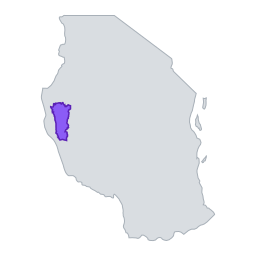 Mpanda, Katavi, United Republic of Tanzania (highlighted)
{"feature_id": "72390352B28587760392267", "entity_name": "Mpanda", "entity_type": "district", "adm_level": 2, "iso_a3": "TZA", "parent_name": "United Republic of Tanzania", "parent_adm1": "Katavi", "projection": "equal_earth", "projection_center": [30.595, -6.035], "detail": "fine", "context": "in_parent", "style": "filled", "palette": "violet", "viewbox_px": 256, "rotation_deg": 0, "n_neighbors": 0, "source": "geoboundaries", "source_scale": "gbopen_adm2", "svg_char_len": 7557}
<svg xmlns="http://www.w3.org/2000/svg" viewBox="0 0 256 256"><path d="M97.5,192.4L94.9,190.6L92.6,189.5L90.7,188.3L89.9,187.1L88.1,186.7L86.6,186.5L85.2,185.4L82.3,185.0L81.9,184.2L81.9,182.6L81.4,182.2L80.3,181.8L79.2,181.8L78.5,182.0L78.1,181.9L77.1,181.0L76.3,179.8L75.9,177.8L74.6,176.6L73.1,175.6L68.8,175.7L68.1,175.4L67.1,174.4L65.9,172.8L65.0,170.9L64.1,168.4L63.2,165.0L58.4,151.5L57.8,149.0L56.9,146.1L55.3,142.7L53.7,140.1L51.4,137.7L48.8,135.4L47.5,133.8L44.8,127.4L44.3,124.4L43.9,121.4L44.0,120.1L45.7,116.1L45.9,115.0L45.6,113.5L44.8,110.3L43.8,106.4L41.7,99.4L41.4,97.7L41.4,96.3L42.7,89.2L42.7,88.2L47.6,88.3L51.2,85.2L54.3,80.5L54.9,78.6L56.2,75.6L57.4,74.1L57.9,73.0L58.6,70.1L60.3,68.0L61.9,66.5L61.5,65.4L61.8,65.0L62.6,64.2L64.3,63.4L64.7,61.9L64.7,60.1L64.4,59.1L64.4,58.0L64.2,57.3L63.1,57.2L61.4,56.3L60.0,55.9L59.1,55.4L58.8,55.0L58.6,53.9L59.4,51.2L58.6,50.1L60.3,45.5L60.6,45.0L61.3,44.9L62.3,44.4L63.2,44.2L63.9,44.4L64.5,44.2L64.9,43.7L65.4,42.2L65.7,39.6L65.5,37.5L64.8,35.9L64.6,33.4L64.9,30.1L64.7,27.3L63.9,25.1L63.1,23.8L61.9,23.2L59.9,19.9L59.3,18.2L59.4,17.2L60.1,16.8L61.3,16.9L62.5,16.6L63.6,15.6L64.6,15.4L65.2,15.5L114.3,15.5L171.6,58.6L171.8,59.1L172.3,62.8L172.2,64.1L171.3,66.2L171.0,67.3L171.0,68.1L171.2,68.4L172.0,68.5L172.6,69.0L172.9,69.4L173.3,71.1L174.0,71.9L195.7,93.0L196.2,93.3L195.8,95.1L194.6,99.4L194.5,101.2L194.0,103.3L193.6,104.7L192.3,110.7L191.2,113.0L189.7,118.3L189.5,122.3L190.3,125.1L190.6,127.8L192.2,130.4L193.5,131.3L194.4,132.5L196.0,135.2L196.9,138.0L199.8,139.3L201.0,142.4L200.5,144.5L199.2,146.2L197.9,149.0L196.9,152.7L196.8,158.4L197.5,157.5L199.0,158.9L199.2,163.1L197.6,168.0L197.0,170.2L197.0,172.2L198.1,178.0L199.8,180.9L199.6,181.9L199.2,182.6L202.1,187.9L201.8,192.4L202.9,195.9L203.3,199.0L204.0,201.4L204.1,203.0L203.2,204.8L205.4,205.2L206.6,206.7L207.2,208.1L208.8,208.1L209.6,209.0L210.8,209.8L213.5,212.2L214.2,213.4L214.6,214.5L207.1,221.9L204.4,223.9L202.5,224.7L200.5,225.2L198.6,226.4L196.7,228.2L194.4,229.2L191.5,229.2L188.5,230.5L183.8,234.3L181.1,232.2L178.9,231.5L176.4,231.6L174.9,231.8L174.4,232.3L173.9,233.6L173.5,235.8L171.8,237.8L169.0,239.8L166.4,240.5L164.0,240.0L162.4,239.2L161.5,238.1L160.3,237.5L158.6,237.6L157.1,238.4L155.5,240.0L153.1,240.6L149.8,240.4L148.1,239.7L147.8,238.4L146.4,236.9L143.7,235.2L141.8,235.1L140.5,236.8L139.4,237.8L138.3,238.3L137.4,238.3L136.1,237.9L132.4,237.7L129.0,237.8L128.6,235.4L127.9,233.9L127.3,233.0L126.1,232.8L125.8,232.2L125.4,230.7L124.8,229.4L124.0,228.3L123.6,227.4L123.4,226.5L123.5,225.5L124.3,223.0L124.5,221.3L124.4,219.6L124.1,217.9L123.2,215.8L123.3,215.2L123.1,213.7L123.0,212.7L123.2,211.5L123.1,209.8L122.4,206.3L122.4,205.4L121.6,203.7L119.3,199.7L119.2,199.2L115.6,195.1L114.2,194.2L113.7,195.0L113.5,195.7L113.6,197.0L113.5,197.6L113.4,197.9L112.5,197.9L112.0,197.7L110.6,196.6L109.5,196.4L106.9,196.6L106.0,196.8L105.2,196.6L103.8,194.7L102.2,194.3L100.7,194.2L98.3,192.1L97.5,192.4ZM200.3,124.5L201.5,129.0L201.3,129.8L200.5,130.3L200.0,130.4L199.5,129.7L199.1,128.1L198.5,128.5L197.4,126.7L196.3,126.6L195.4,124.5L195.8,122.6L195.6,119.4L196.7,117.7L197.4,115.0L198.2,116.9L198.3,119.8L199.3,123.3L200.3,124.5ZM206.2,97.8L206.3,98.9L206.0,99.9L206.1,103.1L206.0,105.2L205.1,108.1L204.3,109.1L203.7,108.8L203.1,108.3L202.7,107.5L203.6,102.2L203.2,98.2L204.9,98.6L206.2,97.8ZM203.4,162.4L202.5,162.7L202.2,162.4L201.7,161.5L202.6,160.8L203.5,159.3L205.5,157.2L206.5,155.5L206.3,157.1L205.2,160.8L204.2,161.0L203.4,162.4Z" fill="#d9dde1" stroke="#a8b0b8" stroke-width="1"/><path d="M67.0,132.2L66.8,132.1L66.6,132.2L66.2,131.9L65.5,131.5L65.4,131.2L65.2,131.3L65.3,131.0L65.4,130.7L65.6,130.3L65.6,130.1L65.8,129.8L65.9,129.7L66.3,129.6L66.5,129.5L66.9,129.2L67.2,128.9L67.1,128.2L67.3,127.8L67.8,127.8L68.0,128.0L68.2,127.6L68.4,127.5L68.2,127.2L68.3,127.1L68.2,127.0L68.2,126.9L68.2,126.7L68.3,126.4L68.3,126.0L68.5,125.5L68.3,125.0L68.2,124.8L68.1,124.6L68.0,124.4L67.5,124.0L67.3,123.7L67.2,123.7L66.9,123.2L66.8,122.8L66.9,122.6L67.0,122.4L67.0,122.2L67.2,121.6L67.2,121.4L67.2,120.7L67.3,120.5L67.3,120.4L67.3,120.0L67.4,119.7L67.4,119.3L67.6,119.1L67.9,118.6L68.0,118.3L68.2,118.1L68.3,118.1L68.3,117.8L68.3,117.7L68.1,117.3L68.2,117.1L68.3,116.9L68.5,116.7L68.7,116.3L68.7,115.9L68.6,115.7L68.5,115.3L68.5,115.2L68.7,114.9L68.7,114.7L68.8,114.4L68.9,114.2L68.9,113.9L68.9,113.7L68.9,113.4L68.9,113.0L69.0,112.7L68.6,112.3L68.4,112.0L68.3,111.9L68.3,111.7L68.2,111.6L68.2,111.4L68.4,111.0L68.7,110.8L68.7,110.7L68.6,110.2L68.8,110.0L68.9,109.9L69.2,109.6L69.7,109.5L69.9,109.4L70.1,109.2L70.5,108.9L70.5,108.6L70.5,108.1L70.5,107.7L70.5,105.7L70.1,105.6L69.7,105.5L69.6,105.4L69.1,105.3L68.7,105.1L68.3,105.1L68.3,104.9L68.0,104.9L67.9,105.0L68.1,105.1L67.8,105.2L67.6,105.3L67.5,105.6L67.3,105.7L67.2,105.9L66.2,106.0L66.2,106.4L65.9,106.3L65.7,106.3L65.5,106.5L65.4,106.5L65.2,106.6L64.9,106.0L64.9,105.8L65.0,105.5L64.9,105.4L64.7,105.3L64.7,105.2L64.6,105.3L64.5,105.1L64.4,105.1L64.1,104.9L63.9,104.7L63.8,104.4L63.7,104.4L63.6,104.1L63.4,103.9L63.3,103.7L63.1,103.5L63.1,103.3L63.0,102.8L63.0,102.7L62.9,102.6L62.6,102.6L62.4,102.9L62.3,103.0L62.2,103.3L61.9,103.3L61.7,103.5L61.6,103.9L61.5,104.0L61.3,103.9L61.0,103.7L60.7,103.6L60.6,103.3L60.8,103.0L60.7,102.8L60.3,102.9L59.8,102.8L59.6,102.9L59.4,103.0L59.2,102.8L58.9,102.8L58.7,102.9L58.3,103.0L57.5,103.2L57.2,103.2L56.8,103.2L56.4,103.4L55.9,103.5L55.8,103.4L55.7,103.6L55.7,103.9L55.6,104.1L55.5,104.5L55.1,104.6L54.8,104.8L54.7,104.7L54.7,104.2L54.6,103.7L54.3,103.8L53.9,103.6L53.6,103.8L53.5,105.1L53.4,105.8L53.5,106.0L53.2,106.8L52.9,107.0L51.7,107.0L51.2,106.9L50.7,106.7L50.7,107.1L51.0,107.4L51.3,108.2L51.5,108.6L51.9,109.0L52.2,109.1L52.5,109.3L52.6,109.9L52.7,110.0L52.6,110.3L52.4,110.4L52.4,110.5L52.2,110.6L52.1,110.8L52.0,111.0L52.1,110.9L52.2,111.0L52.3,111.0L52.2,111.3L52.3,111.4L52.4,111.2L52.5,111.2L52.5,111.3L52.4,111.6L52.4,111.9L52.5,111.8L52.7,112.0L52.7,111.9L52.9,112.0L53.0,112.1L53.0,111.9L53.2,112.0L53.3,112.0L53.2,112.2L53.2,112.3L53.3,112.2L53.4,112.3L53.3,112.5L53.4,112.8L53.4,113.0L53.3,113.3L53.4,113.7L54.0,114.6L54.0,114.9L54.3,115.2L54.3,115.3L54.3,115.5L54.4,115.8L54.3,116.1L54.5,116.2L54.5,116.3L54.6,116.5L54.8,116.7L54.8,116.9L54.8,117.0L54.9,117.3L54.8,117.5L54.8,117.9L54.8,118.1L54.9,118.4L55.0,118.9L55.0,119.3L54.9,119.5L54.9,119.8L54.9,120.0L55.3,120.7L55.3,120.9L55.4,121.0L55.6,121.8L55.8,122.7L55.9,123.0L56.0,123.5L56.0,124.4L56.0,125.1L56.0,125.7L56.0,126.8L56.0,127.3L56.1,128.2L56.0,129.2L56.0,129.5L56.2,130.3L56.2,130.6L56.2,131.0L56.4,131.0L56.5,131.3L56.3,131.6L56.3,131.8L56.2,132.0L56.2,132.3L56.0,132.6L55.9,132.8L55.9,133.0L56.0,133.1L56.2,133.4L56.4,133.5L56.8,133.9L57.0,133.9L57.0,134.0L57.3,134.2L57.3,134.3L57.4,134.5L57.4,134.9L57.4,135.0L57.5,135.1L57.8,135.4L57.8,135.7L57.9,136.0L58.3,136.5L58.3,137.0L58.2,137.5L58.3,137.5L58.2,137.5L58.3,137.6L58.2,137.6L58.5,138.0L58.9,138.2L59.0,138.4L59.0,138.5L59.2,138.9L59.2,139.1L59.4,139.4L59.6,139.6L59.9,140.0L60.6,139.9L60.9,139.8L61.6,139.6L62.7,139.4L63.7,139.7L64.1,140.0L64.3,140.0L65.3,140.1L66.6,140.5L66.6,140.0L66.6,139.9L66.6,139.7L66.6,139.2L66.5,138.8L66.5,138.7L66.5,138.3L66.5,138.1L66.6,137.6L66.8,137.3L66.9,137.2L67.0,137.0L67.0,136.9L67.2,136.7L67.3,136.6L67.2,136.5L67.1,136.4L67.3,136.1L67.2,136.0L67.3,135.7L67.5,135.6L67.5,135.3L67.4,135.0L67.5,134.9L67.4,134.8L67.3,134.7L67.3,134.4L67.2,134.4L67.2,134.5L67.2,134.4L67.2,134.2L67.2,133.9L67.0,133.7L67.1,133.4L67.0,133.1L67.0,132.9L67.1,132.7L67.0,132.4L67.0,132.2Z" fill="#8b5cf6" stroke="#5b21b6" stroke-width="1.5"/></svg>